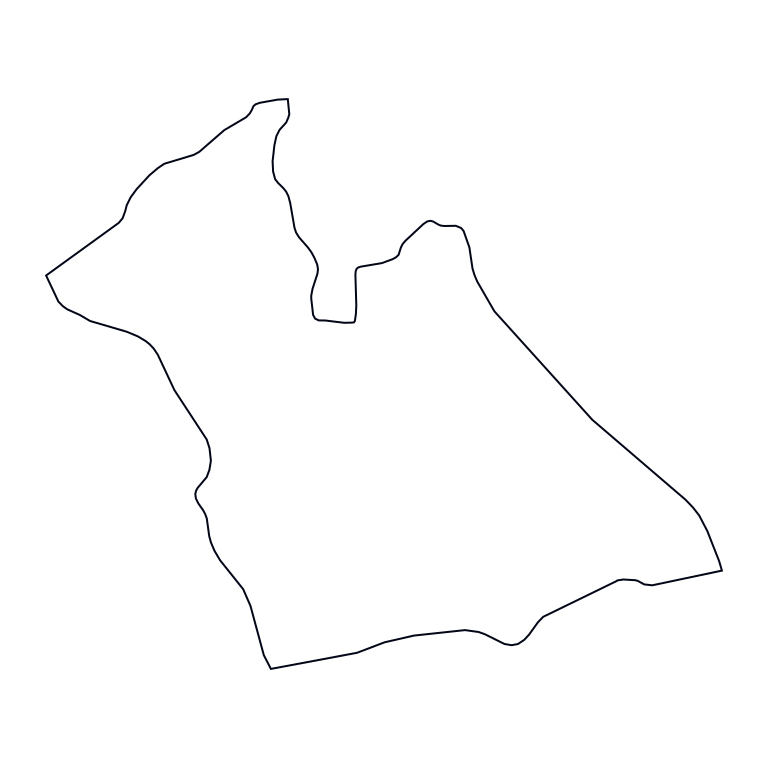 outline of Laghouat
{"feature_id": "DZA-2193", "entity_name": "Laghouat", "entity_type": "Province", "adm_level": 1, "iso_a3": "DZA", "parent_name": "Algeria", "parent_adm1": "", "projection": "albers", "projection_center": [2.543, 33.694], "detail": "fine", "context": "isolated", "style": "outline", "palette": "ink", "viewbox_px": 768, "rotation_deg": 0, "n_neighbors": 0, "source": "natural_earth", "source_scale": "10m", "svg_char_len": 1859}
<svg xmlns="http://www.w3.org/2000/svg" viewBox="0 0 768 768"><path d="M270.9,668.9L263.8,655.1L250.5,606.0L243.2,589.2L220.1,560.3L214.5,550.8L211.0,542.6L209.2,536.0L206.8,518.5L205.2,514.1L203.1,510.2L198.4,503.5L195.9,498.5L195.3,494.0L196.1,490.6L197.7,487.8L206.7,477.1L209.4,469.9L210.9,460.7L209.5,448.2L206.7,439.5L174.4,390.1L157.8,354.7L153.7,348.6L149.7,344.3L145.7,341.1L137.9,336.4L126.6,331.7L90.1,321.0L79.9,315.0L67.4,309.4L63.0,306.3L58.4,301.6L46.1,275.5L118.7,222.9L122.6,218.3L125.2,211.2L126.7,205.3L130.6,197.4L136.6,189.2L149.4,175.3L157.9,168.1L164.2,163.8L193.7,154.9L199.2,151.9L224.3,130.1L246.2,117.2L249.8,113.4L251.7,110.2L253.5,106.1L255.6,104.3L259.8,102.8L277.8,99.6L287.8,99.1L289.3,114.3L288.2,117.9L286.2,122.5L279.6,129.8L276.4,136.1L274.4,145.2L272.6,161.3L273.1,171.5L275.1,179.1L278.1,183.0L283.2,188.0L286.1,191.6L288.4,196.2L290.2,203.0L294.5,227.8L296.1,232.6L299.1,237.4L307.7,247.2L311.3,252.1L314.3,257.6L317.2,264.5L318.0,269.3L317.4,273.8L312.5,289.0L311.2,295.9L311.3,299.1L313.1,314.9L315.1,318.6L318.7,320.4L325.3,320.5L344.2,322.8L352.4,322.6L354.0,322.3L354.9,320.9L355.9,314.0L356.3,305.4L355.4,274.6L355.7,271.2L356.6,268.9L358.0,267.6L360.5,266.7L381.9,263.1L392.8,259.1L396.1,257.2L398.6,254.8L400.8,247.8L402.5,244.2L405.6,240.6L423.3,224.1L427.1,221.5L430.4,220.8L433.1,221.5L438.6,224.7L440.9,225.6L444.3,226.0L455.8,225.8L461.1,228.0L463.6,231.0L469.4,247.5L472.5,268.5L474.5,275.1L477.2,281.5L494.4,311.3L592.3,419.8L685.5,499.7L693.0,507.5L699.2,515.5L707.3,531.0L719.2,561.3L721.9,570.6L652.3,585.3L644.2,584.4L637.8,580.9L635.3,580.2L623.4,579.5L617.4,580.4L616.5,581.1L543.2,616.8L538.0,622.2L529.0,634.7L524.2,639.9L518.0,644.0L511.7,645.2L504.5,644.0L484.8,634.2L478.6,632.0L465.0,630.1L413.8,635.6L384.6,642.3L357.0,652.8L270.9,668.9Z" fill="none" stroke="#020617" stroke-width="2"/></svg>